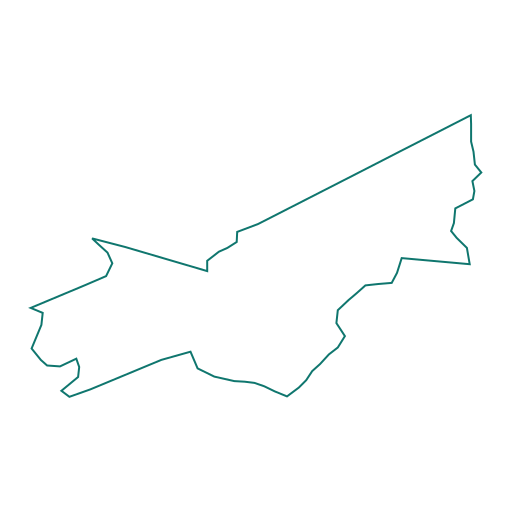 outline of Belém de Maria, Pernambuco, Brazil, rotated 270°
{"feature_id": "56859067B86605110153500", "entity_name": "Belém de Maria", "entity_type": "district", "adm_level": 2, "iso_a3": "BRA", "parent_name": "Brazil", "parent_adm1": "Pernambuco", "projection": "albers", "projection_center": [-35.819, -8.601], "detail": "fine", "context": "isolated", "style": "outline", "palette": "teal", "viewbox_px": 512, "rotation_deg": 270, "n_neighbors": 0, "source": "geoboundaries", "source_scale": "gbopen_adm2", "svg_char_len": 1014}
<svg xmlns="http://www.w3.org/2000/svg" viewBox="0 0 512 512"><g transform="rotate(270 256 256)"><path d="M280.1,237.2L270.0,236.7L264.1,227.4L260.3,218.9L251.2,207.2L240.9,207.2L265.0,125.2L273.6,92.1L267.3,98.8L259.4,107.5L248.7,112.3L235.9,106.1L227.1,85.7L204.1,30.7L199.1,42.7L187.1,41.4L163.5,31.6L152.0,40.9L146.5,47.1L145.6,60.0L153.3,76.3L145.0,79.2L135.0,78.1L121.2,61.4L115.2,69.4L122.6,90.3L144.5,143.0L152.1,161.3L160.3,190.5L143.6,197.6L135.4,214.3L130.9,234.3L130.3,244.7L129.1,254.5L125.7,264.3L120.6,274.8L115.6,287.0L124.4,298.8L131.8,306.2L140.9,312.2L147.9,320.0L157.6,328.9L164.5,337.8L175.9,344.9L188.9,336.4L201.8,337.8L211.9,348.5L218.5,356.3L226.6,365.4L228.0,378.3L229.1,391.7L239.1,397.0L253.9,401.7L247.8,469.7L264.1,466.9L274.2,456.6L281.0,451.1L288.9,453.9L303.6,455.3L312.7,472.9L321.0,474.4L330.9,472.4L339.5,481.3L347.4,474.9L360.3,473.5L370.4,471.1L388.0,471.1L396.8,470.8L360.3,399.4L339.5,358.9L288.0,258.1L280.1,237.2Z" fill="none" stroke="#0f766e" stroke-width="2"/></g></svg>